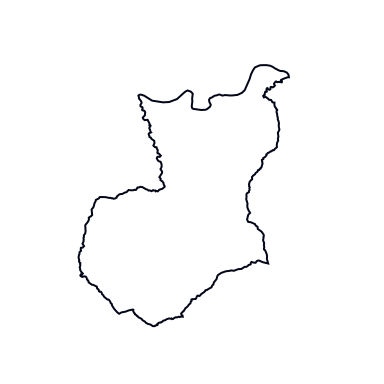 San Juan De Rio Seco, Cundinamarca, Colombia, rotated 66°
{"feature_id": "7082276B56983029747572", "entity_name": "San Juan De Rio Seco", "entity_type": "district", "adm_level": 2, "iso_a3": "COL", "parent_name": "Colombia", "parent_adm1": "Cundinamarca", "projection": "orthographic", "projection_center": [-74.668, 4.851], "detail": "fine", "context": "isolated", "style": "outline", "palette": "ink", "viewbox_px": 384, "rotation_deg": 66, "n_neighbors": 0, "source": "geoboundaries", "source_scale": "gbopen_adm2", "svg_char_len": 6059}
<svg xmlns="http://www.w3.org/2000/svg" viewBox="0 0 384 384"><g transform="rotate(66 192 192)"><path d="M273.6,308.1L273.3,305.4L274.3,301.2L274.4,298.2L275.3,293.9L275.7,293.5L277.0,294.2L279.2,294.0L279.8,293.6L280.5,293.9L281.8,292.9L283.0,292.7L283.3,292.2L284.7,291.9L287.3,289.7L288.9,289.4L291.3,287.7L292.6,287.4L294.5,286.0L296.3,283.7L298.6,282.4L299.4,280.5L299.0,279.8L299.4,278.7L299.4,277.5L299.0,277.2L298.5,277.4L298.0,275.7L298.0,275.1L298.4,274.5L298.3,273.8L298.6,273.3L298.3,272.5L298.5,271.8L297.8,270.8L298.2,268.9L297.9,266.7L298.2,264.4L299.4,262.5L299.7,262.3L299.5,262.0L299.8,261.9L300.3,260.7L299.9,259.7L299.8,257.7L300.5,256.7L300.5,255.0L301.3,254.0L301.3,252.9L302.2,251.2L301.0,250.9L300.4,251.4L299.3,251.5L298.8,251.5L298.4,251.0L297.7,249.3L297.6,248.2L297.0,247.9L296.6,246.7L295.4,245.2L295.2,243.8L294.3,241.6L293.6,240.7L293.1,238.7L291.7,237.8L291.3,236.6L290.0,236.3L290.0,235.5L291.2,232.2L290.9,231.5L289.3,230.0L289.0,229.1L289.1,228.6L289.9,228.0L290.0,227.1L289.0,225.0L288.3,221.4L287.9,220.8L287.9,220.2L287.2,219.5L287.6,217.8L287.3,216.8L287.0,213.0L285.6,211.5L285.2,210.1L283.5,208.8L281.5,204.9L279.5,203.4L278.5,202.2L277.8,198.2L278.2,193.4L279.5,189.1L279.5,188.2L281.0,185.8L281.3,181.0L282.4,178.2L281.8,174.4L282.5,172.6L282.2,171.0L281.7,170.0L282.0,167.9L280.7,167.1L280.1,166.1L281.4,164.7L282.5,162.7L281.5,161.0L281.5,159.7L281.8,158.7L284.9,155.9L288.3,151.5L283.5,150.8L281.1,149.5L278.9,149.0L274.9,148.9L273.8,149.6L273.1,149.4L272.1,148.6L269.3,147.7L268.0,146.8L265.6,146.8L264.7,146.5L263.0,145.3L262.2,145.1L261.3,144.2L259.8,143.9L256.4,144.6L252.6,146.9L250.3,146.3L248.6,147.5L247.0,147.5L243.6,150.5L242.2,152.8L239.6,152.9L236.3,150.4L235.6,149.7L234.7,147.4L231.7,147.8L228.8,147.7L226.2,146.7L225.3,146.0L220.7,145.4L218.1,143.9L216.7,143.5L215.6,142.5L215.3,140.1L214.4,139.7L213.6,138.6L212.0,138.1L211.1,137.3L210.1,137.6L209.1,137.0L208.1,136.8L206.2,135.2L205.2,133.4L204.9,131.9L202.7,131.1L201.8,129.3L201.5,127.4L200.6,126.3L200.0,123.8L198.9,122.9L199.2,121.7L198.5,120.8L198.6,120.0L198.0,119.6L197.9,118.7L194.6,115.9L193.8,115.9L192.8,115.4L192.2,115.5L191.0,115.0L191.0,113.5L189.9,113.0L189.8,111.3L188.9,109.2L187.9,108.8L187.8,107.8L187.2,107.0L187.3,105.1L186.8,103.9L187.2,102.8L186.6,101.4L187.0,100.7L187.1,100.0L186.4,99.0L185.8,96.7L185.5,96.1L183.6,95.5L181.4,94.0L180.0,92.3L178.2,91.9L176.7,90.6L172.9,89.5L170.6,86.8L167.9,86.2L166.2,85.6L165.1,84.8L162.3,84.1L160.7,84.2L159.1,83.4L157.3,83.2L155.0,82.4L153.5,82.3L152.6,81.9L151.8,80.8L151.1,80.8L150.2,81.3L149.2,81.2L147.8,81.6L145.6,81.2L143.9,80.3L142.8,82.0L140.1,82.3L139.1,84.1L137.5,84.6L135.2,86.0L134.7,87.9L133.2,87.9L132.7,86.9L132.9,86.1L131.5,85.4L130.2,84.3L130.2,83.7L130.7,83.2L130.7,82.8L128.5,82.2L127.7,81.4L127.8,80.8L129.1,80.7L130.1,79.6L130.0,78.6L128.6,77.9L128.1,77.4L128.4,76.5L129.2,75.8L129.1,74.1L128.4,72.9L127.6,73.3L126.4,73.0L125.2,70.9L125.2,70.2L126.3,69.5L126.7,68.0L128.3,65.4L128.0,65.0L127.2,64.8L126.2,65.4L125.8,65.0L125.8,61.7L126.1,58.0L126.6,56.8L123.8,56.1L121.3,56.9L119.0,59.0L117.3,62.1L116.2,63.2L112.7,66.0L110.3,67.5L108.3,69.4L106.5,72.2L104.1,77.6L103.8,79.6L103.8,83.9L105.5,86.6L108.3,90.0L112.4,93.6L120.4,102.4L121.7,106.0L121.8,110.8L120.4,115.3L119.2,118.2L116.9,122.3L116.3,125.0L114.3,127.0L113.8,128.1L113.8,129.7L113.2,132.4L113.7,135.1L113.6,137.4L114.8,139.0L116.8,139.5L120.0,139.4L121.5,141.0L122.4,144.7L122.4,146.1L120.9,150.1L116.6,157.0L115.6,157.7L113.6,157.4L109.7,155.0L106.6,153.8L102.4,151.3L99.8,152.3L97.5,154.7L97.5,156.6L97.9,158.4L101.0,167.9L100.5,176.3L98.3,182.0L92.3,191.3L84.7,196.4L82.6,198.6L81.9,199.9L81.8,201.0L82.2,201.8L83.8,201.9L85.0,202.4L87.6,201.7L89.6,201.6L90.4,202.1L91.4,203.7L92.9,204.2L94.1,203.0L94.6,202.8L95.9,203.3L96.5,204.1L97.1,204.1L98.5,202.5L100.1,202.3L102.8,203.9L104.0,206.7L104.7,206.8L105.9,206.7L107.2,205.8L108.0,203.2L112.3,203.0L113.6,203.7L114.0,202.9L114.4,202.8L115.2,203.4L115.6,204.5L116.4,205.1L117.8,205.0L120.2,205.4L120.9,205.2L120.8,206.9L121.1,207.7L121.9,208.2L123.4,208.1L124.5,208.5L125.6,207.5L127.0,207.4L129.9,205.7L132.1,206.4L133.9,208.4L135.8,207.7L136.7,206.2L138.1,206.5L139.7,206.2L142.2,207.7L142.8,207.5L143.4,206.7L146.1,205.7L146.8,207.2L145.9,208.7L145.9,209.4L146.9,210.5L149.5,210.3L150.8,209.4L151.6,208.4L154.1,208.5L155.6,209.0L157.1,209.9L158.3,211.5L161.0,211.0L162.4,211.6L165.2,215.8L167.0,215.2L168.4,216.0L170.1,214.8L171.9,214.4L174.0,214.8L175.5,214.6L176.1,214.8L177.0,217.8L176.6,220.9L177.5,222.9L176.6,224.0L176.7,224.8L175.6,225.0L175.3,226.1L174.5,226.8L174.8,228.6L173.4,229.9L173.0,231.1L171.6,231.8L170.9,232.8L167.4,235.3L166.2,237.2L166.3,238.5L165.7,239.9L166.8,241.4L167.3,242.5L166.5,243.9L166.5,244.9L165.8,246.7L164.4,249.1L165.5,251.9L165.2,253.5L165.4,256.5L164.7,258.7L164.7,259.8L165.4,261.7L165.4,262.4L166.5,263.1L166.6,265.1L166.2,266.5L165.4,267.1L165.3,267.7L164.2,268.8L163.7,270.1L161.6,272.9L159.2,278.0L159.2,278.7L159.8,279.3L160.0,280.1L160.1,283.0L161.4,284.0L162.9,286.0L164.1,286.7L165.9,288.4L167.1,290.8L172.5,292.6L173.2,294.6L173.1,295.3L173.5,296.8L174.8,297.1L176.2,298.3L177.3,299.9L178.6,302.6L179.3,303.2L184.6,305.2L186.4,306.4L187.6,308.4L189.1,309.0L189.6,309.7L191.7,310.4L192.1,310.8L193.3,311.3L194.7,313.1L197.5,312.6L198.3,314.5L197.8,316.2L199.1,317.0L200.6,317.3L201.2,319.2L203.1,320.2L203.6,320.9L205.7,322.3L208.5,322.7L209.1,323.3L210.3,323.5L211.5,322.9L212.1,323.6L213.4,323.7L215.3,325.3L216.4,325.3L217.8,325.9L220.5,325.6L221.0,325.2L222.1,324.9L222.8,326.2L222.1,327.1L222.7,327.9L223.5,327.9L224.9,326.9L225.3,324.5L226.2,323.4L227.6,323.2L229.2,323.5L229.6,323.1L230.3,323.2L231.3,322.8L232.5,323.2L235.9,321.2L236.6,320.1L239.5,317.6L240.2,317.4L241.0,317.9L241.9,317.8L242.4,317.3L243.6,317.0L244.6,317.4L245.6,316.9L245.8,316.1L246.4,315.7L247.2,315.5L248.9,315.7L250.0,315.1L252.0,314.9L255.8,313.0L256.2,312.1L256.8,311.7L259.2,311.3L260.6,311.4L261.8,310.8L263.2,311.2L267.3,310.6L271.6,309.2L273.6,308.1Z" fill="none" stroke="#020617" stroke-width="2"/></g></svg>